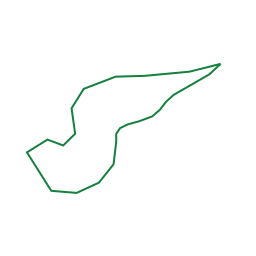 the border of Tarrafal de São Nicolau, rotated 258°
{"feature_id": "CPV-5058", "entity_name": "Tarrafal de São Nicolau", "entity_type": "state/province", "adm_level": 1, "iso_a3": "CPV", "parent_name": "Cabo Verde", "parent_adm1": "", "projection": "natural_earth1", "projection_center": [-24.363, 16.58], "detail": "fine", "context": "isolated", "style": "outline", "palette": "green", "viewbox_px": 256, "rotation_deg": 258, "n_neighbors": 0, "source": "natural_earth", "source_scale": "10m", "svg_char_len": 453}
<svg xmlns="http://www.w3.org/2000/svg" viewBox="0 0 256 256"><g transform="rotate(258 128 128)"><path d="M171.5,231.9L163.6,218.8L150.8,179.2L145.4,170.2L139.2,163.0L134.3,154.0L132.2,139.5L131.6,128.4L129.5,120.2L124.8,115.3L116.6,113.5L95.5,106.3L80.6,88.2L75.2,64.3L82.5,39.9L125.2,24.1L133.4,46.8L124.4,61.0L133.4,75.1L159.0,76.9L175.5,92.8L180.8,126.5L175.6,154.8L170.3,200.0L171.5,231.9Z" fill="none" stroke="#15803d" stroke-width="2"/></g></svg>